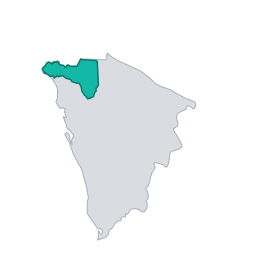 Rio San Juan highlighted on a map of Nicaragua, rotated 157°
{"feature_id": "NIC-4800", "entity_name": "Rio San Juan", "entity_type": "Department", "adm_level": 1, "iso_a3": "NIC", "parent_name": "Nicaragua", "parent_adm1": "", "projection": "equal_earth", "projection_center": [-84.287, 11.292], "detail": "fine", "context": "in_parent", "style": "filled", "palette": "teal", "viewbox_px": 256, "rotation_deg": 157, "n_neighbors": 0, "source": "natural_earth", "source_scale": "10m", "svg_char_len": 4729}
<svg xmlns="http://www.w3.org/2000/svg" viewBox="0 0 256 256"><g transform="rotate(157 128 128)"><path d="M199.7,36.7L198.8,38.3L197.9,39.3L195.8,44.4L195.1,44.8L195.0,41.1L193.8,40.6L192.4,41.9L191.6,43.9L192.8,46.4L193.9,46.4L195.2,47.1L198.8,64.6L198.0,67.7L195.9,72.5L193.8,76.6L191.7,79.2L189.1,90.2L186.8,108.1L188.5,124.2L187.7,139.1L188.4,142.6L188.6,147.0L186.9,147.8L185.9,147.7L184.9,145.0L185.0,142.6L186.1,139.8L186.5,136.1L186.0,134.1L185.0,138.4L183.2,140.3L182.0,141.0L180.9,143.2L182.1,147.2L183.7,150.2L184.2,152.4L183.6,154.9L183.3,163.6L182.7,163.4L182.1,162.2L180.5,162.1L180.3,165.7L180.4,167.6L179.0,169.1L178.5,170.6L179.7,171.7L180.9,172.3L182.5,172.2L183.8,176.5L184.2,180.0L181.2,183.3L180.2,186.0L178.5,189.2L177.6,192.4L177.3,194.7L178.5,202.0L180.5,207.2L182.2,210.5L184.5,211.2L184.0,214.6L182.3,216.8L179.1,218.6L175.7,219.0L170.0,217.3L167.7,217.1L166.8,216.1L166.5,214.4L164.9,211.9L162.0,208.5L160.3,208.7L157.5,208.0L152.8,205.7L150.7,205.4L147.6,207.4L144.1,210.0L135.5,205.9L129.4,203.0L124.0,200.5L122.5,199.5L121.3,199.7L120.3,201.0L119.1,203.4L118.7,204.1L118.1,204.8L117.4,204.9L117.4,203.8L114.7,199.1L110.5,193.4L94.4,175.9L88.4,165.5L85.3,158.0L82.2,154.1L73.5,146.1L71.5,142.9L62.9,132.2L56.4,126.0L56.3,123.3L59.0,120.0L60.3,120.1L61.8,122.5L64.1,125.2L65.2,125.2L66.8,124.0L66.9,122.7L75.7,122.2L77.3,121.5L78.9,119.5L79.8,116.8L79.9,114.2L80.3,112.3L81.7,110.4L84.3,109.9L86.3,109.7L86.9,108.4L86.3,104.4L85.2,94.7L85.0,91.9L85.4,89.9L86.2,89.2L90.1,88.7L97.5,89.5L99.0,88.9L102.0,83.4L104.7,79.3L106.7,77.5L108.3,76.9L110.0,80.5L116.3,85.7L117.4,85.4L118.0,85.1L118.2,84.4L118.1,82.0L119.6,79.8L122.9,77.9L126.1,74.4L129.4,69.5L132.3,66.6L134.7,65.8L135.6,64.4L135.0,62.6L135.2,60.0L136.2,56.7L137.6,54.7L139.4,54.2L140.2,53.1L139.8,51.6L140.1,49.8L141.8,47.0L145.7,44.5L148.0,45.3L149.9,48.6L152.5,50.9L156.0,52.0L158.6,51.6L160.5,49.6L162.3,48.9L163.8,49.7L164.6,49.3L164.7,47.6L165.4,47.2L166.9,48.1L168.2,48.3L169.4,47.9L169.8,47.0L170.1,46.2L170.9,45.5L173.9,46.2L177.2,45.2L180.9,42.5L183.4,41.4L184.6,41.7L186.0,40.4L187.7,37.4L191.6,36.1L199.7,36.7Z" fill="#d9dde1" stroke="#a8b0b8" stroke-width="1"/><path d="M167.0,217.0L166.8,216.7L166.1,216.0L166.0,215.8L165.9,215.6L165.8,215.4L166.0,215.0L166.1,214.9L166.6,214.6L166.4,213.6L165.9,213.0L165.3,212.6L165.0,212.1L164.7,211.8L163.2,211.1L162.8,210.7L162.7,210.4L162.3,209.6L162.2,209.3L162.1,208.8L162.1,208.4L162.0,208.0L161.7,207.8L161.5,208.1L159.8,209.5L159.4,209.7L159.1,209.7L158.8,209.5L158.5,209.3L158.2,209.0L157.5,207.8L157.3,207.6L157.2,207.5L157.0,207.4L156.8,207.4L155.3,206.4L154.5,206.1L153.8,206.2L153.3,206.1L152.1,204.9L151.5,204.6L150.5,204.9L148.1,207.0L144.8,209.9L143.0,208.5L140.3,207.2L136.0,205.1L134.4,204.3L131.6,202.9L130.3,201.3L137.9,180.5L138.5,179.2L138.7,178.9L139.2,178.6L139.9,178.0L140.2,177.8L140.4,177.6L140.5,177.7L140.6,177.8L140.8,177.7L141.3,177.4L141.5,177.3L141.6,177.2L141.8,176.9L141.9,176.7L142.1,176.4L142.2,176.2L142.4,175.9L142.5,175.6L142.6,175.3L143.0,174.3L144.4,173.9L145.2,173.2L147.3,170.7L147.4,170.4L147.6,170.4L150.1,170.4L150.7,170.2L150.9,170.2L151.1,170.3L151.3,170.3L151.8,170.3L152.0,170.3L152.5,170.5L153.7,170.6L154.4,173.5L154.8,174.7L155.1,175.0L155.3,175.3L155.4,175.5L155.3,176.1L155.4,177.2L155.7,178.3L156.0,179.6L156.0,180.0L156.0,180.4L155.7,181.4L155.2,183.5L155.1,184.3L155.1,184.9L155.3,186.5L155.5,188.2L157.6,189.2L158.5,190.0L161.0,192.1L161.5,192.7L161.7,193.3L161.7,193.8L161.8,194.4L162.0,195.0L162.3,195.4L162.6,195.7L164.1,196.7L165.4,197.9L166.3,199.1L166.6,199.6L167.2,201.0L167.4,201.3L167.5,201.4L167.8,201.5L168.0,201.7L168.3,201.8L168.6,201.9L169.1,201.9L169.3,201.9L169.5,201.9L170.1,202.2L170.5,202.4L171.5,202.2L171.8,202.3L171.8,202.6L171.8,202.8L172.2,203.4L172.5,203.7L172.7,203.8L172.8,203.9L173.1,203.7L173.3,203.6L173.5,203.5L173.5,203.4L173.8,203.2L174.0,203.2L174.5,203.4L174.8,203.4L175.0,203.3L175.0,203.2L175.4,203.1L175.7,203.0L175.8,202.9L176.3,202.7L176.4,202.8L176.4,203.7L176.4,203.8L176.4,204.1L176.5,204.2L176.5,204.3L176.7,204.5L176.8,204.8L176.8,205.1L176.8,205.3L177.0,205.7L177.3,205.7L177.6,205.6L178.0,205.6L179.2,205.9L179.5,206.0L179.7,206.3L180.2,207.3L180.7,208.3L181.5,209.5L182.1,210.0L182.3,210.9L182.9,210.8L182.8,210.3L183.0,210.4L183.3,211.2L183.4,211.5L183.3,212.0L183.6,212.3L183.6,213.2L183.9,214.7L183.9,215.9L182.7,216.7L180.6,217.3L178.3,218.5L177.7,219.5L176.7,219.3L176.0,219.8L175.7,219.9L175.4,219.9L175.2,219.7L173.3,217.7L173.1,217.0L172.8,216.7L172.4,216.8L172.0,217.3L171.4,217.1L170.6,217.8L170.3,217.3L170.0,217.3L169.7,217.6L169.3,217.4L168.7,216.7L168.3,216.8L168.1,216.7L167.8,216.7L167.3,216.6L167.0,217.0Z" fill="#14b8a6" stroke="#0f766e" stroke-width="1.5"/></g></svg>